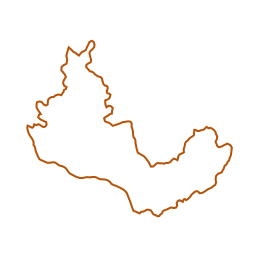 Tumiritinga, Minas Gerais, Brazil (Equal Earth projection), rotated 171°
{"feature_id": "56859067B90264149101668", "entity_name": "Tumiritinga", "entity_type": "district", "adm_level": 2, "iso_a3": "BRA", "parent_name": "Brazil", "parent_adm1": "Minas Gerais", "projection": "equal_earth", "projection_center": [-41.714, -19.039], "detail": "fine", "context": "isolated", "style": "outline", "palette": "amber", "viewbox_px": 256, "rotation_deg": 171, "n_neighbors": 0, "source": "geoboundaries", "source_scale": "gbopen_adm2", "svg_char_len": 4301}
<svg xmlns="http://www.w3.org/2000/svg" viewBox="0 0 256 256"><g transform="rotate(171 128 128)"><path d="M28.5,92.5L29.5,94.8L30.9,96.1L32.5,97.1L34.3,96.4L36.4,95.9L37.8,95.2L39.7,94.9L41.3,94.8L42.7,96.4L43.1,98.5L43.7,100.7L42.2,102.8L41.2,105.5L42.0,108.2L42.2,110.5L43.5,112.6L45.0,114.2L46.8,115.4L48.6,115.1L50.2,116.8L52.2,115.4L53.6,114.5L56.5,114.3L58.2,113.9L60.0,114.2L61.4,115.6L62.8,115.8L63.4,113.0L64.0,110.7L65.7,109.6L67.1,109.1L69.0,108.1L71.1,106.2L72.8,105.3L74.0,103.9L75.1,100.7L76.4,98.1L76.5,95.3L78.5,94.5L80.3,94.1L81.7,93.5L82.8,92.1L83.3,90.2L84.3,88.5L85.8,89.8L87.6,90.6L89.5,89.5L91.6,87.7L94.0,87.2L96.0,87.6L97.9,87.1L99.5,87.7L102.1,88.1L104.2,88.8L105.7,88.3L107.1,87.3L109.1,86.0L111.5,86.3L112.1,88.8L113.1,91.4L113.9,93.0L115.1,95.3L116.3,97.1L117.6,98.4L119.3,99.7L120.7,100.9L122.2,102.1L122.5,104.6L122.8,106.8L122.8,109.1L123.0,111.9L122.6,114.3L122.9,116.2L124.0,118.2L124.0,121.1L123.7,123.8L123.8,126.1L124.3,128.6L123.6,131.9L124.6,133.9L126.5,134.5L128.2,134.6L130.4,134.5L132.5,134.6L134.8,133.9L136.6,133.5L138.8,133.2L141.2,132.7L142.8,132.6L144.4,134.6L146.2,136.4L147.8,136.9L149.7,138.3L150.1,141.4L148.6,142.3L146.8,143.0L145.1,143.8L143.3,144.7L141.7,144.7L141.0,147.6L139.9,150.1L141.0,151.6L142.3,152.7L143.8,153.0L146.0,151.8L146.6,154.6L146.5,156.8L146.2,158.8L144.2,159.3L142.3,159.9L141.0,161.4L140.1,163.7L141.4,164.9L143.0,165.7L143.3,167.7L142.1,169.6L141.7,171.7L142.7,173.1L144.2,173.5L145.5,175.5L145.8,178.3L146.0,181.0L147.2,182.7L148.8,183.3L150.3,184.3L152.2,186.1L153.5,188.2L154.9,189.3L156.7,189.9L157.9,191.9L159.6,194.3L159.6,196.4L158.0,197.6L156.0,198.3L154.5,198.9L153.8,200.6L154.0,203.2L154.3,205.7L154.4,208.1L153.2,209.9L151.9,210.6L150.5,211.6L148.8,213.2L148.0,215.6L148.5,218.5L150.2,219.8L152.6,219.0L153.8,217.2L154.8,215.6L156.1,214.0L157.4,211.6L159.6,210.8L161.6,210.3L163.6,208.6L165.2,207.2L166.8,209.0L168.3,210.6L170.1,211.8L172.0,214.6L173.9,216.9L175.0,214.7L176.4,211.6L177.6,209.1L177.5,207.1L177.3,205.2L178.6,201.3L180.1,200.6L181.9,200.1L184.1,198.6L184.8,195.2L183.3,193.0L182.1,190.8L181.3,188.2L183.1,186.2L184.5,184.3L185.1,182.0L184.3,179.6L182.3,178.0L183.3,176.2L185.3,175.6L186.0,173.8L187.1,172.7L188.7,170.8L190.2,171.5L191.7,172.0L193.1,171.8L194.9,171.4L196.4,170.3L198.5,170.5L200.8,169.8L202.4,168.5L203.1,166.4L203.6,163.9L205.1,163.1L206.9,163.7L208.2,165.4L209.3,167.3L211.1,168.0L212.5,167.9L214.0,167.6L214.6,165.5L215.1,162.8L214.1,159.8L213.0,157.4L212.0,155.3L213.8,155.0L215.1,152.6L213.2,150.3L211.4,149.0L209.7,147.7L208.0,146.9L207.8,144.4L208.7,142.9L210.1,142.2L211.7,142.3L213.0,143.4L214.4,144.8L216.0,145.8L217.8,145.0L220.1,146.3L221.2,143.9L222.6,143.2L224.0,144.1L225.2,145.1L226.7,146.0L227.5,143.9L227.4,141.4L227.0,138.9L226.2,136.0L225.0,133.7L224.0,131.2L223.4,128.9L224.0,126.1L223.0,124.0L222.8,121.3L222.7,119.1L222.2,117.1L221.3,113.8L220.4,111.1L218.4,109.6L217.2,108.8L215.8,108.0L214.3,107.0L212.9,106.2L210.4,105.9L207.2,105.9L205.4,105.2L203.8,103.9L202.0,101.9L199.8,100.9L198.1,100.1L196.5,98.8L195.4,97.5L194.6,95.7L193.7,94.0L192.8,92.5L191.2,91.1L189.4,89.8L187.6,88.4L185.9,87.4L183.8,86.3L181.8,85.8L180.2,85.7L178.3,85.9L176.4,85.9L174.9,85.6L173.2,85.1L171.7,85.3L169.6,85.0L167.6,84.5L165.8,83.2L163.8,81.9L161.8,81.4L160.0,81.1L157.9,80.4L155.8,79.2L154.1,77.3L153.1,75.4L151.3,74.0L149.5,73.1L147.9,72.1L145.8,70.7L143.5,69.0L142.3,68.0L140.7,66.2L139.4,64.0L138.8,61.6L138.5,59.8L137.9,57.3L137.3,54.7L137.0,52.8L136.7,51.0L136.3,48.6L135.6,45.4L133.2,44.0L131.4,42.8L129.9,41.8L128.2,43.2L126.1,43.0L123.8,43.7L121.9,44.4L120.0,43.9L118.1,42.8L117.2,40.6L116.3,38.6L114.5,37.8L112.8,36.2L110.8,36.2L109.6,37.5L108.0,38.2L106.8,40.0L105.6,40.9L104.0,41.2L102.1,41.5L100.4,42.1L97.9,42.8L95.4,41.8L93.1,41.8L91.5,43.9L91.7,46.2L90.0,48.3L88.0,48.5L86.8,47.4L85.4,46.5L84.4,48.6L83.0,49.0L81.9,47.6L80.1,48.4L78.2,49.7L77.0,50.7L75.9,52.0L74.0,53.3L71.6,54.7L69.7,54.8L68.5,54.0L67.5,52.3L66.0,52.3L63.9,52.6L61.7,53.5L59.3,54.7L57.2,55.4L55.4,55.8L53.9,56.5L52.5,57.4L50.7,58.2L49.5,60.5L49.5,63.4L48.7,66.6L47.0,68.1L45.7,69.0L44.1,69.0L42.2,69.7L41.2,71.2L40.0,72.6L39.2,74.1L38.4,75.6L37.0,76.2L35.8,77.4L34.9,78.9L33.2,80.2L32.2,82.7L30.8,84.6L30.2,86.5L29.3,89.5L28.5,92.5Z" fill="none" stroke="#b45309" stroke-width="2"/></g></svg>